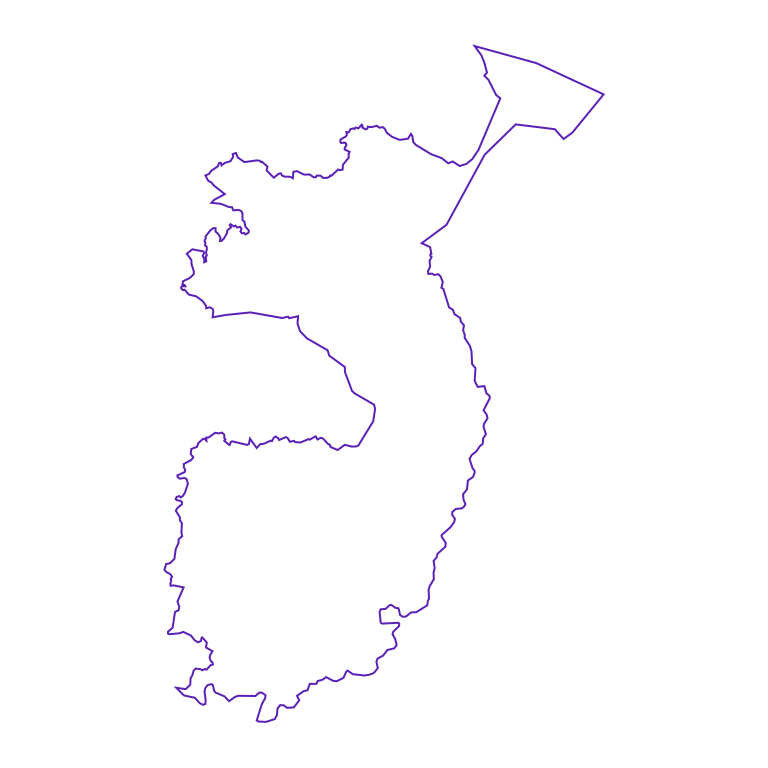 the district of Xochistlahuaca, Guerrero, Mexico
{"feature_id": "50627088B15605967871825", "entity_name": "Xochistlahuaca", "entity_type": "district", "adm_level": 2, "iso_a3": "MEX", "parent_name": "Mexico", "parent_adm1": "Guerrero", "projection": "orthographic", "projection_center": [-98.192, 16.882], "detail": "fine", "context": "isolated", "style": "outline", "palette": "violet", "viewbox_px": 768, "rotation_deg": 0, "n_neighbors": 0, "source": "geoboundaries", "source_scale": "gbopen_adm2", "svg_char_len": 6117}
<svg xmlns="http://www.w3.org/2000/svg" viewBox="0 0 768 768"><path d="M199.9,703.3L203.1,704.8L205.3,704.0L205.7,700.4L204.5,691.5L205.5,687.7L207.6,685.1L211.4,684.1L212.8,685.0L214.2,691.0L215.6,692.6L224.6,696.4L229.0,701.2L235.3,696.7L238.7,695.8L255.4,696.0L259.1,692.7L261.8,692.7L265.5,695.1L265.2,698.1L261.9,704.0L256.7,720.5L258.4,721.5L265.9,721.9L274.8,719.1L277.0,714.9L277.5,708.5L280.2,705.1L284.0,705.4L286.9,707.8L293.8,707.4L299.3,700.2L297.0,695.8L303.8,691.1L307.5,690.3L309.8,683.9L316.4,683.8L317.6,681.1L322.8,679.6L326.1,677.1L333.1,680.8L336.8,681.2L343.5,677.8L346.4,671.4L347.5,670.6L352.9,674.2L364.1,675.5L369.0,674.8L373.3,673.3L374.9,671.8L377.8,668.0L376.4,661.6L377.6,658.5L383.0,655.7L387.4,650.0L394.1,648.4L396.6,645.3L395.3,639.3L392.5,634.1L393.2,631.8L399.1,626.0L399.2,623.5L398.3,622.8L382.1,623.6L380.7,622.6L379.6,611.8L380.7,609.3L385.6,608.9L389.3,605.4L391.3,604.9L395.4,607.8L398.5,608.3L400.1,615.0L402.6,616.7L405.7,616.7L411.1,612.4L416.3,612.2L427.3,605.3L427.8,601.1L429.0,598.6L428.6,589.7L429.7,586.2L433.8,579.2L433.6,572.1L434.7,568.1L433.6,560.9L436.5,557.5L437.5,553.8L445.3,546.8L445.8,543.0L441.7,536.8L441.5,535.2L450.6,527.1L454.2,522.0L454.9,518.8L452.1,514.7L452.4,511.9L455.7,509.0L462.0,508.3L464.2,506.5L465.4,504.0L463.5,499.6L463.1,494.2L467.0,489.4L467.9,480.5L473.0,477.0L474.6,472.7L474.5,470.6L472.6,468.3L469.5,458.9L471.8,454.9L476.3,451.4L480.1,445.9L482.7,443.9L483.2,438.4L485.9,434.2L483.5,426.6L484.0,423.9L487.5,418.4L486.7,414.7L483.6,410.3L489.9,398.0L489.5,395.9L486.4,393.2L484.3,386.1L477.8,386.9L476.0,383.7L474.7,380.6L475.5,368.2L472.1,364.1L471.5,351.4L469.9,345.9L464.7,337.9L464.7,334.7L463.1,330.2L464.0,325.3L460.8,321.6L460.2,318.0L454.4,314.1L452.9,309.7L449.1,307.5L443.4,289.0L441.4,287.7L442.8,282.1L440.6,276.5L438.3,274.2L434.4,275.0L432.0,273.6L428.4,274.0L428.0,271.2L430.1,266.6L429.6,260.6L431.6,257.1L430.2,255.6L430.5,254.2L431.4,253.9L430.1,247.1L421.7,243.2L446.5,224.8L484.7,154.7L515.7,124.4L554.8,129.2L563.6,139.0L572.3,132.7L603.6,94.4L536.3,63.1L474.7,46.1L481.4,55.4L484.2,62.2L487.0,72.6L484.3,75.8L488.4,79.7L496.2,95.1L500.3,98.3L478.5,149.9L472.3,159.1L466.4,163.9L459.7,166.0L452.7,161.5L448.2,163.3L441.7,158.1L431.1,154.2L415.7,144.8L413.3,142.0L412.3,135.9L410.9,133.9L408.0,138.7L399.7,139.9L392.0,136.8L386.8,132.7L384.9,128.9L382.8,127.1L379.4,127.7L377.0,125.8L371.4,127.1L367.8,126.7L367.3,128.7L365.7,129.4L362.3,127.5L362.6,126.0L361.7,124.7L358.3,128.4L355.7,127.5L354.3,129.0L353.4,128.4L350.5,129.1L348.7,132.4L346.4,132.0L346.9,134.8L345.9,136.4L340.6,139.5L340.2,141.5L341.1,143.0L344.7,142.6L346.0,143.5L346.3,145.6L344.8,147.5L344.7,149.5L349.6,151.9L348.6,153.8L348.7,157.7L342.9,164.8L342.6,169.6L339.9,170.2L338.1,169.5L331.5,175.7L330.3,175.4L329.8,176.6L327.1,177.9L323.0,177.9L320.6,175.7L316.7,175.6L316.0,177.2L313.5,177.2L309.7,174.5L304.0,174.6L296.9,171.1L293.3,171.9L292.9,178.2L290.3,176.8L284.4,176.6L281.9,175.4L281.0,173.4L278.8,173.7L273.8,177.7L266.6,170.5L267.4,166.5L261.9,161.7L260.9,162.1L259.7,160.7L256.6,160.4L244.5,162.1L237.9,157.6L235.9,153.0L232.7,154.1L233.2,156.8L230.5,161.2L224.9,162.9L221.5,165.4L220.9,162.9L219.2,162.9L217.6,166.5L211.1,170.9L209.1,173.9L205.4,175.5L208.3,180.8L211.4,182.5L213.7,185.4L224.8,194.1L214.4,199.7L211.4,202.8L220.8,203.8L228.6,206.9L232.1,207.3L233.3,210.4L238.7,209.9L241.4,211.2L242.5,213.5L242.5,220.0L244.5,221.9L245.4,226.7L248.9,230.5L248.6,232.6L245.5,234.4L244.1,233.0L241.8,233.3L240.5,231.4L241.5,228.7L240.0,226.8L237.1,227.5L235.4,225.6L234.1,226.4L230.5,224.2L229.7,225.1L231.1,227.4L227.4,230.2L227.0,233.1L224.0,238.5L221.4,241.0L220.0,241.0L220.5,237.8L218.2,233.9L215.5,231.5L215.6,228.2L213.4,228.1L210.4,230.3L205.5,236.5L205.8,238.3L204.5,240.9L205.5,243.0L205.0,245.4L206.6,246.5L206.9,248.9L206.0,252.5L206.8,255.5L205.7,256.6L206.3,261.4L204.2,262.2L204.3,259.0L202.7,255.9L204.0,253.3L203.6,251.5L192.4,249.3L186.8,253.7L191.4,260.0L191.5,264.1L193.9,271.7L193.7,274.2L189.9,277.9L183.0,281.3L182.5,284.4L184.7,285.1L185.3,286.3L181.9,286.2L181.0,287.9L182.7,290.1L184.6,289.7L188.9,294.6L196.1,296.3L202.6,301.0L206.1,305.8L206.2,308.3L209.9,307.3L212.8,309.0L213.3,311.5L212.6,317.3L225.5,315.0L250.5,312.4L282.1,318.0L288.1,316.7L289.2,318.2L298.1,316.2L297.5,323.6L300.1,331.3L307.0,338.4L327.6,350.3L329.3,355.7L344.8,367.0L345.0,372.2L352.0,390.9L354.8,393.5L374.1,404.7L375.1,409.0L373.2,421.3L358.4,445.5L356.4,446.4L351.9,446.6L344.8,444.8L337.7,450.0L330.5,447.0L330.0,444.9L327.8,443.7L322.9,438.4L320.6,437.9L317.5,439.5L315.7,436.3L309.5,439.7L308.5,439.1L300.4,442.5L295.0,442.0L294.0,440.8L289.9,441.8L287.7,438.1L285.9,437.1L279.1,440.0L278.2,438.2L275.6,436.5L273.8,437.7L271.9,441.2L270.6,440.7L263.7,443.8L260.3,444.1L256.7,448.0L250.0,438.7L248.9,444.0L247.1,444.9L232.0,441.3L230.5,442.3L229.9,444.9L229.1,444.9L224.3,440.8L225.4,439.4L224.3,438.1L224.3,434.7L222.0,432.6L219.1,433.4L215.2,432.8L208.3,437.6L206.2,437.5L206.4,440.7L204.5,438.9L202.9,438.9L198.4,443.1L196.9,446.9L191.3,449.0L190.7,453.9L193.3,457.4L191.3,459.9L183.8,464.0L183.8,467.2L185.2,469.9L184.8,472.0L177.4,475.4L177.6,477.0L179.8,478.7L184.4,478.0L186.6,479.0L187.9,483.7L185.0,492.6L182.7,496.1L180.8,497.4L179.4,496.1L176.7,496.9L175.6,499.0L176.8,500.2L180.6,500.9L182.1,502.3L181.8,504.3L177.4,508.0L175.8,510.7L179.9,517.3L179.9,520.1L181.9,523.5L181.4,532.7L182.2,536.1L178.6,539.4L178.5,543.0L175.7,549.2L174.4,558.9L169.7,563.4L166.2,564.0L164.4,569.9L166.4,572.1L170.1,574.0L172.1,576.9L170.7,578.9L171.3,580.4L170.3,584.0L170.8,585.8L173.7,585.4L183.6,587.4L177.5,601.5L179.2,606.6L178.7,610.1L175.0,612.0L172.6,627.7L168.0,631.7L168.0,633.6L169.5,634.2L179.4,633.3L183.3,631.9L191.0,635.6L194.7,640.3L198.1,642.3L200.9,641.0L201.6,637.7L202.3,637.4L206.8,642.5L206.0,647.5L212.5,651.2L210.2,655.0L209.6,657.8L210.7,660.9L212.6,662.6L212.9,664.5L210.7,665.1L206.5,669.7L204.9,669.0L202.3,670.3L200.3,669.1L195.6,668.6L193.6,670.7L192.2,675.6L190.6,678.2L190.2,684.8L185.7,689.1L176.3,687.8L183.9,695.4L194.9,697.8L199.9,703.3Z" fill="none" stroke="#5b21b6" stroke-width="2"/></svg>